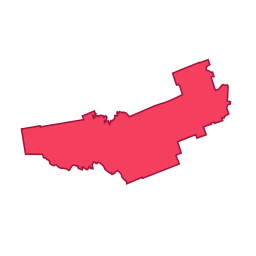 Somerset, Maine, United States of America, rotated 261°
{"feature_id": "52423323B50895679426840", "entity_name": "Somerset", "entity_type": "district", "adm_level": 2, "iso_a3": "USA", "parent_name": "United States of America", "parent_adm1": "Maine", "projection": "robinson", "projection_center": [-70.064, 45.576], "detail": "fine", "context": "isolated", "style": "filled", "palette": "rose", "viewbox_px": 256, "rotation_deg": 261, "n_neighbors": 0, "source": "geoboundaries", "source_scale": "gbopen_adm2", "svg_char_len": 2871}
<svg xmlns="http://www.w3.org/2000/svg" viewBox="0 0 256 256"><g transform="rotate(261 128 128)"><path d="M118.1,22.7L117.9,24.4L115.3,39.2L115.3,39.3L113.7,40.0L113.3,39.9L112.6,39.8L112.0,40.0L111.6,40.4L111.6,41.0L110.8,42.4L110.1,42.6L109.5,42.9L109.3,43.2L109.3,43.9L109.1,44.2L108.8,44.2L108.2,44.9L107.5,45.3L106.5,45.1L105.6,45.2L105.3,45.3L104.1,46.2L103.9,46.4L102.6,48.2L102.4,48.4L102.6,49.5L102.8,49.7L102.9,50.0L102.7,51.5L102.0,52.0L100.4,53.1L99.1,54.9L98.7,55.8L98.6,56.3L98.5,57.1L98.2,58.3L98.0,58.7L97.1,61.0L95.9,62.3L95.3,62.9L95.5,63.5L96.6,64.6L96.9,64.9L97.1,64.9L97.6,65.2L99.8,67.3L100.0,67.5L99.8,68.0L99.5,69.5L98.8,70.6L98.5,71.5L98.7,71.9L98.7,72.5L97.5,72.4L97.0,72.3L96.0,72.7L95.6,73.1L93.8,76.3L93.9,76.5L94.1,76.6L95.3,76.7L95.8,76.5L96.0,76.4L96.5,76.7L96.5,76.8L96.5,77.1L96.4,77.6L95.2,78.6L93.2,81.0L94.4,83.1L95.3,83.3L96.0,83.5L95.7,83.9L95.0,84.5L94.6,84.6L94.0,84.9L93.8,85.1L93.6,86.0L93.2,86.9L93.3,86.9L93.6,87.1L95.5,86.9L96.3,86.7L96.8,86.8L97.6,87.0L98.7,87.8L99.7,89.0L99.7,89.3L99.7,89.5L98.7,90.1L97.9,90.9L97.8,91.1L97.8,91.5L98.0,91.4L98.2,91.7L98.6,92.9L98.6,93.3L98.1,94.5L97.8,94.9L96.0,96.5L94.1,97.8L93.2,98.2L92.1,98.4L91.1,98.6L89.0,100.4L87.8,101.5L87.2,102.1L86.4,103.2L86.3,103.7L86.5,103.8L86.5,104.2L86.2,104.5L85.8,104.5L85.6,104.4L84.7,104.6L84.7,104.8L84.8,105.6L85.6,108.1L86.0,108.5L86.5,108.7L87.1,109.4L87.5,111.0L87.0,111.6L86.1,112.5L83.5,113.9L82.8,114.2L82.2,114.2L81.8,114.2L80.2,114.4L77.9,116.0L76.8,116.8L76.0,117.5L76.0,117.8L75.4,118.1L74.1,118.1L73.1,118.0L77.1,134.2L76.0,134.4L84.5,173.1L93.5,171.0L95.1,176.7L106.6,174.8L109.7,188.3L110.7,193.9L107.2,194.5L109.1,204.2L117.3,202.7L118.8,211.0L119.9,210.9L120.1,212.4L120.1,214.0L119.0,214.1L119.9,219.3L120.5,222.7L123.6,222.3L122.8,224.4L124.7,225.8L126.1,229.8L132.7,228.6L135.3,230.1L135.7,232.9L137.9,233.3L139.3,230.1L142.1,230.7L142.2,231.1L144.8,231.6L148.8,232.4L153.9,233.4L155.1,232.7L155.0,230.8L156.1,228.6L155.5,227.3L151.9,223.3L151.6,220.4L152.0,220.1L154.1,219.8L164.3,218.1L165.5,218.3L165.3,221.0L170.0,220.2L170.2,218.3L171.9,216.8L172.7,214.5L176.3,215.0L177.7,218.7L182.9,217.9L181.2,208.8L181.6,208.6L177.3,189.7L175.1,180.6L162.8,182.6L163.2,184.3L161.5,185.6L152.5,187.1L149.6,177.8L147.2,167.8L147.1,165.9L145.7,157.5L138.9,131.2L143.0,128.6L144.5,125.6L143.9,124.9L145.5,122.2L144.1,121.0L144.6,119.8L146.3,120.4L144.5,119.3L141.9,119.7L142.4,116.8L141.0,116.8L138.4,115.4L138.0,113.5L136.8,112.9L137.8,111.9L134.3,110.5L135.6,109.7L138.1,109.7L137.7,108.1L138.6,107.3L137.0,105.6L138.4,105.7L139.8,108.2L142.2,108.8L143.5,107.9L142.4,105.9L143.7,105.9L144.9,102.9L143.9,100.4L144.9,100.3L145.1,98.4L142.4,95.3L142.9,95.9L145.8,95.1L145.4,96.0L147.0,98.7L148.2,97.7L150.1,97.5L147.0,84.8L143.2,85.5L142.8,41.6L143.9,41.6L143.7,22.6L118.1,22.7Z" fill="#f43f5e" stroke="#9f1239" stroke-width="1.5"/></g></svg>